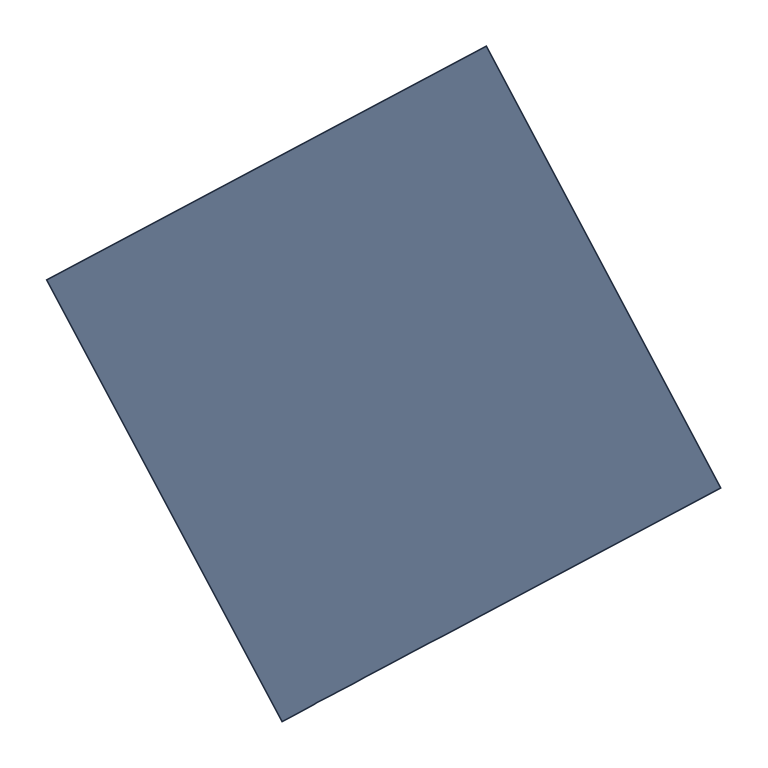 Webster, Nebraska, United States of America (Mercator projection), rotated 332°
{"feature_id": "52423323B11090231595131", "entity_name": "Webster", "entity_type": "district", "adm_level": 2, "iso_a3": "USA", "parent_name": "United States of America", "parent_adm1": "Nebraska", "projection": "mercator", "projection_center": [-98.589, 40.176], "detail": "fine", "context": "isolated", "style": "filled", "palette": "slate", "viewbox_px": 768, "rotation_deg": 332, "n_neighbors": 0, "source": "geoboundaries", "source_scale": "gbopen_adm2", "svg_char_len": 459}
<svg xmlns="http://www.w3.org/2000/svg" viewBox="0 0 768 768"><g transform="rotate(332 384 384)"><path d="M379.3,634.1L394.6,634.1L632.5,633.9L633.0,133.7L628.0,133.7L138.2,133.7L135.0,133.7L135.5,634.3L153.1,634.3L172.1,634.1L173.9,633.9L175.2,633.8L194.4,634.1L197.8,634.0L215.2,634.2L216.7,634.2L229.6,633.9L259.2,634.0L281.7,633.9L301.6,633.9L317.7,634.2L336.8,634.2L358.9,634.1L379.3,634.1Z" fill="#64748b" stroke="#1e293b" stroke-width="1.5"/></g></svg>